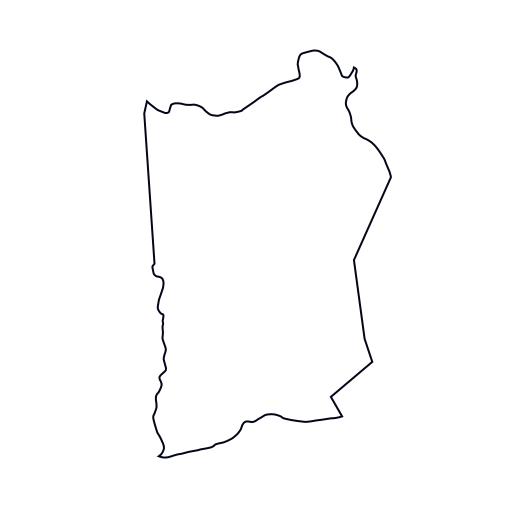 San Juan, La Paz, Honduras (Albers equal-area conic projection), rotated 277°
{"feature_id": "27666195B87762475019358", "entity_name": "San Juan", "entity_type": "district", "adm_level": 2, "iso_a3": "HND", "parent_name": "Honduras", "parent_adm1": "La Paz", "projection": "albers", "projection_center": [-87.732, 13.955], "detail": "fine", "context": "isolated", "style": "outline", "palette": "ink", "viewbox_px": 512, "rotation_deg": 277, "n_neighbors": 0, "source": "geoboundaries", "source_scale": "gbopen_adm2", "svg_char_len": 6022}
<svg xmlns="http://www.w3.org/2000/svg" viewBox="0 0 512 512"><g transform="rotate(277 256 256)"><path d="M396.2,128.9L383.9,127.7L236.0,156.2L234.7,155.4L233.8,154.9L232.8,154.5L232.5,154.5L232.3,154.5L226.3,156.5L225.9,156.7L225.4,157.1L225.0,157.6L224.5,158.2L224.0,159.0L223.8,159.6L223.6,160.3L223.6,161.6L223.5,162.6L223.2,163.9L222.8,164.8L222.5,165.2L222.3,165.5L221.6,166.2L220.8,166.6L219.7,167.1L218.1,167.5L216.8,167.6L215.5,167.6L213.2,167.6L206.2,166.2L203.2,165.5L201.6,165.2L200.6,165.0L196.8,164.8L194.2,164.7L192.5,164.8L191.8,165.0L190.7,165.6L189.5,166.4L188.7,167.1L187.8,168.1L187.1,169.1L186.9,170.1L186.7,170.8L186.4,171.1L186.1,171.3L185.2,171.4L183.8,171.5L182.7,171.4L180.9,171.3L180.1,171.3L179.5,171.4L178.4,171.9L177.7,172.0L176.9,172.1L175.6,171.9L174.9,171.8L173.6,172.0L171.8,172.3L170.5,172.6L169.2,172.9L168.5,173.0L165.3,173.1L163.2,173.2L162.5,173.3L161.8,173.6L160.4,174.2L154.4,177.2L153.3,177.6L152.7,177.8L151.7,177.9L150.3,177.8L149.1,177.7L147.4,177.3L146.2,177.1L144.1,176.9L142.7,176.9L142.0,177.0L134.1,180.2L133.4,180.4L132.9,180.4L132.4,180.4L131.5,180.3L130.9,180.0L126.3,176.1L125.2,175.4L124.5,175.1L124.1,175.0L123.7,175.0L123.2,175.1L122.2,175.3L121.3,175.8L119.9,176.8L119.2,177.2L118.0,177.7L117.2,177.9L116.7,178.0L116.3,178.0L115.4,177.9L114.4,177.8L112.3,177.2L111.3,176.9L109.0,176.0L108.4,175.7L107.4,174.9L106.8,174.5L105.8,174.2L104.9,173.9L103.7,173.9L102.1,174.0L100.9,174.2L98.9,174.8L97.1,175.2L94.8,175.6L93.9,175.7L93.4,175.7L92.8,175.6L91.5,175.4L86.8,174.3L86.3,174.2L85.8,173.9L85.1,173.7L84.6,173.6L83.9,173.6L82.7,173.8L81.5,174.1L77.9,175.5L75.3,176.6L69.5,179.2L68.4,179.8L65.7,182.0L63.9,183.3L60.5,185.4L58.5,186.6L57.6,187.0L56.6,187.5L55.5,187.8L54.5,188.0L54.0,188.1L53.1,188.0L51.6,187.7L50.2,187.3L48.6,186.6L47.6,186.0L47.2,185.7L46.7,185.2L45.4,183.9L45.1,185.2L45.0,186.2L44.8,187.2L44.8,188.5L44.8,189.6L44.9,190.4L45.1,191.5L45.3,192.3L45.5,193.1L46.5,195.6L48.0,198.8L49.1,201.3L49.7,203.0L50.2,204.8L50.5,205.8L53.5,213.4L56.2,222.1L57.2,224.3L58.9,229.9L60.1,233.4L60.5,234.4L60.8,235.1L61.5,236.1L62.1,237.0L62.5,237.4L63.3,237.9L63.5,238.1L63.7,238.4L64.1,238.9L64.5,239.7L65.2,241.2L66.9,246.1L67.2,246.8L68.7,249.6L69.8,251.3L71.6,254.0L72.3,254.8L73.0,255.6L74.4,256.9L76.3,258.6L77.8,259.7L79.8,260.9L81.2,261.6L82.4,262.1L83.7,262.4L85.6,262.8L87.0,263.2L87.8,263.6L88.6,264.1L89.4,264.7L89.9,265.2L90.1,265.6L90.4,266.2L90.6,266.7L90.7,267.4L90.8,268.3L90.8,269.3L90.7,270.8L90.7,271.7L90.7,272.3L90.9,273.0L91.3,274.1L91.9,275.1L92.5,276.0L94.2,277.9L97.0,281.6L98.7,283.7L99.2,284.4L99.9,286.1L100.4,288.0L100.6,289.1L100.8,290.2L101.0,292.2L101.0,293.9L100.7,296.2L100.3,298.3L100.0,299.5L99.7,300.3L99.3,301.1L98.7,302.1L98.4,302.8L98.1,304.4L97.9,306.4L97.5,310.8L97.4,314.3L97.3,317.7L97.3,321.9L97.3,323.9L97.4,325.3L97.6,326.6L98.3,329.6L99.1,332.5L100.1,335.7L101.5,341.3L102.5,344.8L103.4,347.9L104.1,350.7L104.6,353.5L105.2,355.6L105.7,357.1L106.2,358.5L107.3,361.0L125.3,347.5L165.1,384.3L187.0,373.9L263.9,353.7L350.5,380.3L351.8,380.0L353.0,379.5L355.8,378.3L363.1,374.1L364.2,373.5L366.0,372.6L367.1,372.0L368.3,371.2L371.1,368.9L373.6,366.8L376.5,364.2L378.8,361.9L380.5,360.0L381.7,358.4L382.9,356.7L383.6,355.3L384.2,354.2L384.9,352.6L385.4,351.2L386.1,348.8L386.7,347.4L387.6,345.6L388.6,344.1L389.5,342.9L391.1,341.4L393.1,339.4L396.0,336.9L396.7,336.4L397.6,335.9L398.7,335.3L400.4,334.6L401.7,334.2L404.1,333.7L404.9,333.5L406.8,332.8L408.4,332.1L409.6,331.5L411.0,330.7L412.1,330.0L413.5,328.8L414.3,328.3L415.2,327.7L416.4,327.1L417.1,326.9L418.1,326.6L418.9,326.6L419.6,326.5L421.1,326.6L423.1,326.8L424.1,327.0L425.0,327.3L425.8,327.7L426.7,328.2L427.8,329.0L428.5,329.5L429.6,330.5L430.7,331.8L431.1,332.2L432.3,333.3L433.2,334.0L434.2,334.7L435.0,335.1L435.7,335.3L436.4,335.5L437.3,335.6L438.7,335.5L440.0,335.4L441.2,335.1L442.2,334.8L443.1,334.5L446.0,333.2L446.7,333.0L447.1,332.9L447.3,332.9L448.2,333.0L450.1,333.3L451.3,333.4L452.6,333.3L453.1,333.1L453.6,332.8L454.0,332.4L454.5,331.6L454.8,330.9L455.0,330.2L454.1,330.2L453.1,330.0L452.3,329.8L451.3,329.5L448.9,328.4L447.8,327.9L445.9,326.9L445.3,326.5L444.9,326.1L444.6,325.8L444.4,325.5L444.2,325.0L444.2,324.7L444.2,323.6L444.3,322.0L444.5,321.1L444.8,320.2L444.9,319.9L445.2,319.5L446.0,319.0L449.0,317.4L452.9,315.2L454.3,314.3L455.5,313.4L457.7,311.5L458.4,310.8L459.5,309.6L460.4,308.5L461.1,307.6L461.7,306.6L462.0,306.0L462.3,305.2L462.7,303.6L463.0,302.6L464.7,298.7L466.3,295.3L466.8,294.2L467.1,293.0L467.2,291.5L467.2,290.4L467.1,289.1L466.8,287.6L466.4,286.3L464.9,282.5L463.7,279.6L463.0,278.0L462.4,276.8L461.9,276.2L461.2,275.6L460.2,275.1L459.1,274.7L457.3,274.4L455.1,274.1L453.5,274.0L451.9,274.0L451.4,274.0L450.4,274.3L446.6,275.5L442.7,276.9L442.0,277.1L440.4,277.4L439.6,277.5L438.8,277.4L438.2,277.2L437.7,276.8L437.1,276.1L436.5,275.0L435.3,272.6L434.0,269.8L432.0,264.6L430.7,261.8L429.4,259.1L428.6,257.6L427.9,256.7L426.8,255.4L425.2,253.6L419.9,248.0L417.6,245.4L416.0,243.6L414.4,241.4L413.1,239.9L411.9,238.6L408.6,235.2L400.1,225.5L399.7,225.1L398.8,224.4L398.3,223.8L397.7,222.5L397.2,221.2L396.4,218.9L396.1,217.8L395.9,217.1L395.8,216.4L395.8,215.7L395.8,214.5L395.7,213.7L395.5,212.4L395.0,211.1L394.3,209.3L393.6,207.7L392.9,206.4L392.1,205.0L391.7,204.1L391.1,202.7L390.6,201.3L390.4,200.4L390.4,195.7L390.5,194.7L390.8,193.5L391.1,192.6L391.6,191.7L392.8,189.7L394.0,187.9L394.5,187.3L395.9,185.7L396.4,185.0L396.8,184.4L397.2,183.4L397.8,181.9L398.1,180.7L398.4,179.4L398.6,177.7L398.7,176.0L398.4,174.4L398.0,172.8L397.9,171.7L397.7,170.1L397.6,168.0L397.7,166.1L398.0,164.0L398.1,162.6L398.1,161.5L398.1,160.4L397.8,158.1L397.7,157.3L397.5,156.6L397.1,155.6L396.7,154.8L396.2,154.0L395.7,153.4L395.1,153.2L391.7,152.6L388.9,152.2L388.4,152.0L388.1,151.8L387.8,151.5L387.5,151.1L387.3,150.7L387.1,150.2L387.0,149.5L386.9,149.0L386.9,148.4L387.0,147.8L388.6,141.7L388.8,140.9L389.1,140.3L390.2,138.3L392.4,134.6L394.2,131.7L396.2,128.9Z" fill="none" stroke="#020617" stroke-width="2"/></g></svg>